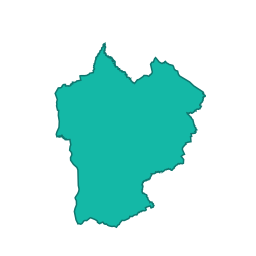 Khok Charoen, Lop Buri, Thailand, rotated 67°
{"feature_id": "78962969B49481349278352", "entity_name": "Khok Charoen", "entity_type": "district", "adm_level": 2, "iso_a3": "THA", "parent_name": "Thailand", "parent_adm1": "Lop Buri", "projection": "mercator", "projection_center": [100.85, 15.427], "detail": "fine", "context": "isolated", "style": "filled", "palette": "teal", "viewbox_px": 256, "rotation_deg": 67, "n_neighbors": 0, "source": "geoboundaries", "source_scale": "gbopen_adm2", "svg_char_len": 5835}
<svg xmlns="http://www.w3.org/2000/svg" viewBox="0 0 256 256"><g transform="rotate(67 128 128)"><path d="M210.7,183.6L212.4,181.2L213.0,179.0L214.8,177.4L213.5,175.4L213.3,173.7L212.2,172.5L210.7,169.7L211.7,167.5L211.6,162.8L210.9,161.3L210.1,160.9L211.2,158.6L210.6,156.5L211.0,154.0L211.4,153.8L209.7,151.3L210.2,150.7L209.7,149.4L210.1,148.5L209.8,148.4L210.0,147.5L209.7,147.2L209.9,146.3L210.5,145.6L210.8,144.0L210.4,143.2L208.2,143.1L208.1,141.3L208.3,138.1L210.6,138.0L210.6,135.6L210.0,135.3L209.8,134.8L209.4,134.4L208.1,134.9L207.6,134.4L206.3,135.1L205.7,134.9L204.8,136.3L205.0,136.9L204.2,136.7L201.8,137.5L199.8,137.1L199.6,137.4L198.2,137.7L197.8,137.1L196.9,137.0L195.2,138.5L194.2,138.9L194.3,139.4L193.9,139.9L193.4,139.8L193.2,140.0L191.9,139.9L191.5,139.5L190.3,139.2L190.1,138.6L189.0,138.2L187.9,137.2L187.1,137.3L187.0,137.0L186.5,136.9L185.8,137.3L185.4,136.7L184.4,136.2L183.8,135.6L184.0,135.2L183.4,135.0L183.0,134.0L183.3,133.8L183.0,132.9L183.4,132.5L183.0,132.0L183.5,131.7L183.1,131.1L183.4,131.0L183.5,130.2L183.1,129.7L183.5,129.2L183.0,129.0L183.4,128.1L183.2,127.5L182.3,127.0L180.3,124.4L179.4,124.5L180.3,121.5L180.2,120.4L179.4,119.7L180.0,119.4L179.7,118.3L180.2,118.0L180.0,117.4L180.4,117.4L180.3,116.8L181.2,116.3L180.7,116.0L181.0,115.5L180.9,114.0L181.4,113.6L181.8,113.7L181.6,113.3L181.8,112.5L180.9,109.9L181.4,109.0L181.1,108.3L181.6,107.5L181.2,106.7L181.8,106.4L182.3,105.6L182.3,105.1L183.7,104.8L184.1,104.0L183.2,102.4L183.2,101.7L182.7,101.4L182.8,100.9L181.7,100.3L181.7,99.3L181.1,98.5L181.1,96.9L180.5,96.0L180.8,95.7L180.6,95.1L181.3,94.5L181.0,93.7L182.1,92.0L182.1,90.8L178.8,89.1L174.9,90.1L174.3,88.3L174.3,86.3L169.2,86.4L167.5,85.5L165.8,82.2L165.6,81.0L164.4,80.9L164.5,78.3L165.2,75.4L160.4,73.8L160.6,72.7L157.9,72.2L159.0,68.3L158.4,67.2L157.6,67.6L157.6,66.9L156.6,66.7L156.7,66.4L156.1,66.0L156.3,65.5L154.7,65.9L154.4,65.6L153.2,66.1L152.0,66.1L151.8,65.6L150.7,65.9L145.8,65.1L144.1,65.8L142.7,65.7L142.4,66.3L141.5,66.3L138.1,67.8L137.9,67.6L137.3,67.6L138.0,66.8L138.0,65.8L138.4,65.8L138.1,64.3L138.5,63.8L138.9,64.0L139.3,63.6L139.4,63.1L139.0,61.9L139.2,61.5L138.6,60.8L138.6,59.8L138.2,59.7L138.5,59.4L138.1,58.7L138.4,58.6L137.8,58.3L137.6,57.5L137.7,56.8L138.4,55.6L137.9,54.7L138.3,54.2L137.7,53.7L137.7,53.4L136.6,52.0L135.4,53.1L134.6,52.8L134.2,52.3L134.3,51.6L133.6,51.3L132.9,49.2L132.1,48.9L131.9,48.2L131.0,48.1L130.9,47.6L129.5,46.7L129.2,47.0L128.9,46.7L128.7,46.2L129.1,45.3L129.0,44.6L128.2,44.3L126.8,45.2L125.9,44.9L125.8,45.4L125.3,45.1L125.2,45.5L124.7,45.2L125.0,44.9L124.3,44.8L115.0,51.0L109.7,53.3L100.4,60.1L98.2,60.6L95.0,60.1L93.6,61.7L91.8,62.4L89.2,62.1L87.9,62.3L85.5,65.4L84.1,66.2L83.0,67.2L81.3,67.5L81.3,68.1L82.2,69.2L81.6,70.0L82.0,71.0L81.8,71.6L79.5,73.5L74.0,75.1L74.6,76.4L77.2,78.8L76.8,80.3L78.1,82.3L85.8,83.7L86.5,84.1L87.5,85.5L87.4,85.9L87.9,86.6L87.7,87.0L88.6,88.7L87.2,90.0L85.9,92.7L86.6,94.2L87.6,99.0L87.3,100.6L89.2,103.9L89.0,104.5L89.3,104.8L88.0,105.5L88.0,105.9L86.1,106.4L85.8,106.8L84.7,106.6L83.6,107.3L83.3,106.6L83.0,107.4L82.2,107.2L81.5,107.9L81.0,108.7L81.0,109.1L79.4,109.1L79.4,108.6L79.0,108.4L78.5,108.5L78.0,109.2L77.9,108.5L77.3,109.0L75.7,108.7L75.0,109.1L75.0,109.8L74.5,110.0L74.3,110.8L73.8,110.9L73.9,111.4L73.1,111.3L73.0,111.8L72.4,111.9L72.0,112.9L70.9,112.7L70.4,113.6L70.0,113.1L69.7,114.0L69.1,113.6L67.6,113.9L66.9,114.7L67.1,115.3L66.7,115.7L66.1,115.3L65.1,115.7L65.0,115.2L64.3,115.1L63.6,115.5L63.8,115.0L63.4,115.0L63.4,114.7L61.9,114.0L61.0,114.2L60.7,114.7L60.4,115.4L61.1,115.5L60.8,116.2L59.5,116.1L59.5,114.9L58.4,115.2L58.6,115.6L57.0,115.4L56.9,115.9L56.4,116.1L56.7,116.5L56.0,116.5L56.3,116.1L56.0,116.0L55.5,116.6L55.8,117.0L55.2,117.6L55.6,117.9L54.3,118.1L54.5,118.5L54.2,118.5L54.1,119.0L53.0,119.2L52.5,120.0L51.4,119.3L50.8,119.4L50.9,119.8L50.2,119.8L49.9,120.4L49.5,119.9L49.1,120.2L48.9,119.8L48.4,120.1L47.9,120.0L47.3,119.6L47.3,118.7L45.9,118.5L45.4,117.5L44.9,117.5L44.9,117.2L44.0,116.9L43.5,117.6L43.3,117.4L42.9,117.5L42.4,116.5L41.2,116.2L41.5,116.9L41.2,117.3L41.5,118.2L43.6,119.2L44.0,120.9L45.7,121.7L46.0,123.5L47.4,124.5L47.7,125.3L48.3,125.6L48.1,126.1L48.6,126.1L49.0,127.5L50.1,127.9L50.3,128.4L50.0,129.0L50.7,130.1L51.3,129.9L51.5,130.5L52.4,130.7L52.5,131.1L53.4,131.9L56.0,133.6L55.8,134.0L56.7,134.4L57.1,135.1L58.3,135.3L58.9,136.0L60.4,135.7L60.8,136.1L60.7,136.4L61.1,136.6L61.4,137.6L62.5,137.7L63.4,138.3L62.7,141.9L63.2,142.5L63.5,145.4L62.8,147.8L61.4,151.0L61.3,151.9L65.6,152.8L64.7,156.8L65.2,157.9L65.2,159.3L64.2,161.1L65.2,161.4L65.1,161.9L65.6,161.9L65.3,163.0L65.5,163.0L65.8,164.1L66.5,164.1L66.4,166.1L66.0,166.2L64.9,169.0L63.5,168.6L62.9,170.0L62.9,170.9L63.7,172.3L64.1,172.3L64.7,174.1L63.9,176.5L67.7,181.5L74.1,181.9L76.7,183.8L78.2,184.1L79.7,185.1L84.0,185.9L84.7,185.0L89.2,187.2L94.9,188.6L100.5,191.3L104.0,195.1L105.8,196.5L106.4,196.6L108.3,196.8L108.4,195.4L108.9,195.3L108.7,194.6L109.5,194.6L109.7,193.7L109.2,193.5L109.6,193.0L109.1,193.0L109.1,192.2L108.8,192.0L109.1,191.5L109.4,191.8L110.6,191.9L110.7,191.5L110.9,191.6L111.0,191.1L111.6,190.8L112.3,190.7L112.4,191.3L113.6,190.4L114.2,190.4L114.6,189.5L114.1,189.2L114.9,188.9L115.9,186.0L121.1,187.2L122.3,188.4L125.6,190.4L128.4,189.6L130.1,189.9L131.1,190.5L132.8,192.5L135.3,193.4L140.2,192.4L144.4,190.4L147.1,190.5L161.5,196.2L165.1,196.9L166.9,198.0L168.8,199.9L171.4,203.8L172.5,204.1L174.7,203.9L178.6,205.4L181.3,208.1L183.9,210.0L192.2,211.7L196.7,211.5L196.7,210.8L198.1,209.0L197.9,207.6L196.3,204.9L196.3,203.8L197.1,202.2L196.0,198.3L196.0,197.4L199.6,193.9L201.6,192.6L202.9,192.9L203.0,192.5L204.0,192.3L204.9,191.6L205.0,191.1L204.6,190.5L204.9,189.9L204.7,188.3L205.0,187.8L206.5,187.6L206.9,187.0L207.2,187.1L207.9,186.1L207.9,185.3L209.5,184.7L210.7,183.6Z" fill="#14b8a6" stroke="#0f766e" stroke-width="1.5"/></g></svg>